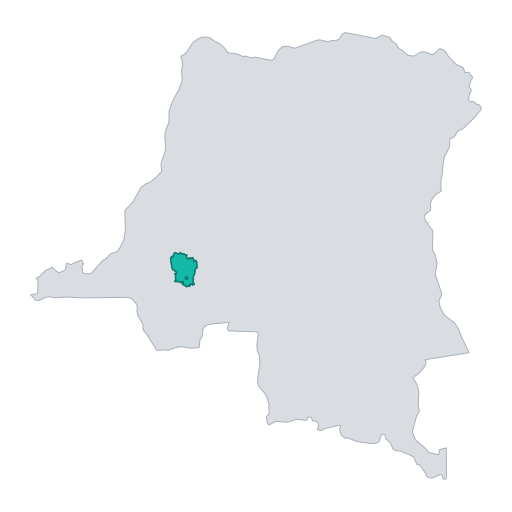 Bulungu, Bandundu, Democratic Republic of the Congo shown in context
{"feature_id": "63176286B11990771214401", "entity_name": "Bulungu", "entity_type": "district", "adm_level": 2, "iso_a3": "COD", "parent_name": "Democratic Republic of the Congo", "parent_adm1": "Bandundu", "projection": "mercator", "projection_center": [18.692, -4.697], "detail": "fine", "context": "in_parent", "style": "filled", "palette": "teal", "viewbox_px": 512, "rotation_deg": 0, "n_neighbors": 0, "source": "geoboundaries", "source_scale": "gbopen_adm2", "svg_char_len": 8414}
<svg xmlns="http://www.w3.org/2000/svg" viewBox="0 0 512 512"><path d="M468.9,352.7L425.1,359.7L426.0,362.2L425.6,364.8L424.4,366.9L420.0,372.4L413.4,377.4L413.3,378.6L416.7,384.2L418.8,391.9L418.2,405.5L419.1,409.2L419.0,412.1L416.8,415.3L412.3,431.7L415.3,439.6L424.0,447.1L429.0,452.6L437.6,454.6L439.0,454.3L439.5,449.7L446.3,447.9L446.4,477.3L445.8,479.0L444.6,479.4L442.9,478.4L442.4,475.6L440.6,474.4L432.3,478.0L430.2,477.9L427.9,477.3L426.2,475.8L425.7,473.6L419.8,465.0L416.9,464.4L413.6,456.7L400.5,451.0L395.5,450.6L392.9,448.9L390.3,442.8L385.9,438.9L384.9,434.6L384.0,434.0L381.3,434.9L379.1,441.7L376.1,443.3L370.7,443.5L357.2,441.5L347.6,438.0L345.1,438.2L341.2,435.0L339.7,429.8L340.5,425.7L339.8,425.1L325.1,428.5L321.6,430.6L318.3,430.1L317.3,429.0L318.7,426.2L318.0,423.1L316.9,421.7L312.6,420.6L311.2,417.4L308.5,416.9L307.6,417.4L307.0,419.6L305.4,420.3L296.7,419.3L287.5,422.1L275.3,421.4L269.5,424.8L268.6,424.7L267.4,423.0L266.3,417.4L266.9,415.9L268.7,414.8L269.3,412.6L268.7,406.9L269.2,405.5L268.5,402.2L266.7,396.9L264.2,392.7L258.7,386.2L257.6,383.2L258.0,376.0L259.8,364.7L259.6,356.3L257.3,350.8L256.9,344.9L258.3,334.3L256.9,331.8L229.1,330.9L228.0,330.1L227.4,328.6L228.7,322.4L211.8,323.9L206.7,325.1L203.6,327.7L202.6,330.9L202.5,335.5L199.9,339.9L199.2,347.3L194.5,348.1L189.8,348.1L180.8,346.6L172.0,348.7L167.7,350.7L165.4,349.7L157.6,350.5L156.5,349.9L147.5,335.3L143.5,330.4L142.7,328.0L143.1,325.7L142.0,322.7L137.8,315.2L137.0,311.7L137.2,306.2L136.7,304.4L132.9,299.7L130.4,298.1L127.7,297.3L82.4,297.9L67.4,297.0L56.5,297.7L50.9,297.3L49.4,296.6L44.4,297.6L41.8,299.5L37.8,300.6L35.4,300.1L30.7,294.7L37.1,293.8L37.6,293.2L38.0,280.3L36.3,278.4L39.8,276.2L45.3,270.5L50.7,268.4L51.4,267.3L52.5,267.3L54.5,269.7L59.1,272.9L64.9,270.1L65.5,269.3L66.3,263.8L67.7,263.3L70.2,264.5L71.5,264.5L74.1,262.9L81.4,260.1L83.6,263.7L81.6,266.9L82.5,269.2L82.7,272.7L83.9,273.5L89.7,273.9L91.4,273.1L102.9,260.3L105.9,258.8L110.8,253.7L117.2,251.5L120.0,247.5L123.7,240.3L125.4,230.0L124.8,212.3L125.3,209.9L133.0,201.9L141.0,187.4L146.4,183.5L150.5,182.0L156.7,176.7L161.7,171.4L161.0,164.9L162.1,159.6L164.8,152.8L165.7,145.7L164.8,138.1L165.2,131.9L168.9,122.1L169.2,110.8L172.5,101.3L179.1,89.2L182.2,80.2L181.6,71.4L182.5,64.8L182.2,61.0L180.9,57.6L181.5,55.5L184.0,54.7L187.2,51.3L192.8,42.6L198.8,38.4L203.0,37.0L207.4,37.2L210.2,37.9L214.8,41.3L220.1,44.1L224.1,47.5L228.0,52.8L237.4,54.0L241.4,55.9L243.8,56.6L244.8,56.1L246.7,56.4L251.1,57.9L254.7,57.1L272.0,60.5L274.0,58.8L278.9,49.7L282.5,46.6L288.4,46.3L293.1,48.0L295.6,48.0L316.9,40.2L319.7,39.8L327.4,41.7L332.5,40.4L334.5,40.8L338.9,39.5L342.4,34.0L345.4,32.6L376.0,38.6L380.7,35.7L383.0,35.3L389.8,37.4L391.9,40.8L395.9,43.7L398.9,48.5L403.4,51.1L405.7,53.7L408.4,55.4L414.0,56.1L421.1,51.8L426.1,52.2L431.1,54.5L432.8,54.5L436.6,51.9L438.6,49.2L440.6,48.7L443.5,49.8L446.0,52.3L448.1,56.0L455.8,64.2L463.2,67.6L465.0,72.7L467.7,72.2L469.1,72.7L471.0,75.8L472.3,76.5L472.6,77.7L470.7,80.7L469.0,86.4L471.3,89.9L469.4,95.1L468.4,100.3L470.8,101.6L473.9,101.6L476.7,104.3L479.0,104.7L481.3,107.6L480.8,110.0L473.4,118.6L462.5,129.1L458.8,130.4L456.8,132.3L455.5,135.4L452.3,138.0L449.8,139.0L449.6,146.6L445.9,154.4L444.5,156.1L442.5,168.8L442.8,171.0L440.8,181.5L441.2,191.2L435.8,194.3L432.2,199.0L430.6,202.4L430.6,210.3L424.6,215.1L424.2,216.2L425.7,221.8L427.9,222.7L427.9,224.6L432.8,230.6L432.5,249.1L432.8,250.9L435.4,255.3L437.1,263.7L435.2,274.3L441.9,293.9L438.9,301.1L440.3,307.9L444.3,315.1L453.7,322.2L456.2,325.2L458.6,329.1L460.8,335.2L468.9,352.7Z" fill="#d9dde1" stroke="#a8b0b8" stroke-width="1"/><path d="M170.4,257.6L170.5,258.1L170.7,258.4L170.9,259.0L170.7,259.8L170.8,260.1L170.7,260.3L170.8,260.7L170.9,261.1L170.8,261.4L170.9,262.0L171.0,262.3L170.9,262.5L171.0,262.7L171.1,262.8L171.2,263.4L171.3,263.9L171.4,264.1L171.4,264.4L171.6,264.7L171.5,264.9L171.6,265.2L171.8,266.4L171.9,266.6L172.0,266.9L171.9,267.2L172.0,267.4L171.9,267.7L171.9,268.1L172.2,268.3L172.3,268.8L172.5,269.4L173.0,269.9L173.3,269.9L174.3,270.0L174.5,270.2L174.5,270.4L174.6,270.9L174.7,271.0L174.9,271.1L175.1,271.1L175.3,271.2L175.4,271.3L175.5,271.4L175.5,271.6L175.8,271.9L176.0,271.9L176.1,272.0L176.3,272.0L176.4,272.3L176.3,273.0L176.2,273.6L175.5,273.7L175.1,273.7L174.9,273.8L174.7,274.0L175.0,274.3L175.3,274.5L175.5,274.7L175.5,274.9L175.6,275.4L175.7,275.5L175.8,275.6L175.8,275.8L175.7,276.2L175.5,276.7L175.5,276.8L175.5,277.0L175.5,277.3L175.5,277.5L175.6,277.8L175.5,278.1L175.5,278.3L175.6,278.5L175.7,279.0L175.7,279.3L175.9,279.6L175.9,279.9L175.8,280.0L175.7,280.1L175.6,280.3L175.3,280.4L175.2,280.7L175.0,280.9L174.8,281.1L174.7,281.3L174.8,281.4L174.9,281.5L175.0,281.5L175.9,281.6L176.2,281.5L176.6,281.4L177.0,281.4L177.2,281.5L177.3,281.5L177.4,281.8L177.5,281.8L178.5,281.6L178.8,281.6L179.3,281.7L179.4,281.8L179.6,282.0L179.9,282.3L180.0,282.4L180.4,282.3L180.7,282.2L181.0,282.1L181.6,281.9L181.8,281.8L182.0,281.7L182.4,281.6L182.8,281.6L182.8,281.8L182.9,282.0L183.0,282.0L183.1,282.4L183.0,282.5L183.0,282.4L182.9,282.4L182.8,282.6L183.0,282.8L182.9,282.9L182.8,283.1L182.6,283.1L182.4,283.3L182.5,283.3L182.4,283.6L182.7,283.6L182.5,283.8L182.4,284.0L182.6,284.1L183.0,284.2L183.1,284.4L183.2,284.8L183.4,284.8L183.7,285.0L183.9,285.2L184.0,285.2L184.4,285.1L184.5,285.1L184.8,285.2L184.9,285.4L185.0,285.8L185.3,286.0L186.2,286.6L186.3,286.3L186.3,286.2L186.5,286.1L186.8,286.2L187.1,286.3L187.7,286.4L187.8,286.5L188.5,286.3L188.8,286.3L189.0,286.3L189.3,286.3L189.6,286.1L189.8,286.1L190.0,285.7L189.9,285.7L189.7,285.4L189.7,285.2L189.6,284.8L189.5,284.6L189.8,284.4L190.1,284.3L190.2,284.2L190.4,284.3L190.6,284.4L191.1,284.4L191.6,284.3L191.8,284.1L192.0,284.1L192.2,284.3L192.3,284.5L192.5,285.0L192.8,285.1L192.9,284.8L192.8,284.6L192.9,284.4L193.6,284.3L194.1,284.4L194.2,283.9L194.1,283.4L193.9,283.3L193.8,283.2L193.7,283.1L193.5,282.8L193.2,282.8L193.1,282.7L193.2,282.3L193.2,281.9L193.1,281.0L193.1,280.8L193.1,280.4L193.3,279.9L193.4,279.6L193.5,279.1L192.9,278.5L192.8,278.2L193.0,277.7L193.0,277.3L193.2,276.9L193.4,276.5L193.5,276.1L193.6,275.9L193.7,275.7L193.9,275.4L193.9,275.2L194.2,274.8L194.8,273.3L194.9,272.7L195.0,272.1L195.0,271.5L195.1,271.3L195.1,271.0L195.1,270.5L195.1,270.3L195.1,269.9L195.2,269.7L195.3,269.5L195.7,268.8L196.0,268.5L196.2,268.4L196.3,268.2L196.4,267.9L196.7,267.6L196.8,267.5L197.0,267.5L196.9,267.3L197.0,267.2L196.8,267.1L196.9,266.9L197.0,266.8L197.0,266.6L197.0,266.4L196.9,266.2L196.9,265.8L197.0,265.6L197.0,265.4L197.0,265.2L196.9,265.0L196.9,264.9L197.0,264.6L196.9,264.5L196.7,264.3L196.6,264.1L196.7,263.9L196.7,263.7L196.8,263.4L196.8,262.7L196.7,262.6L196.8,262.5L196.7,262.4L196.8,262.2L196.7,262.1L196.6,261.8L196.5,261.7L196.4,261.5L196.2,261.0L196.1,260.9L196.0,260.6L195.9,260.5L195.7,260.5L195.3,260.7L194.4,261.4L194.2,261.5L193.8,261.7L193.7,261.7L193.8,261.4L193.9,261.1L194.0,260.9L194.1,260.7L193.9,259.6L193.5,259.4L193.3,258.9L193.2,258.6L193.0,258.3L192.9,257.9L192.8,257.6L192.7,257.6L191.6,258.4L191.1,257.9L190.9,257.8L190.7,257.8L190.6,258.1L190.5,258.6L190.3,258.7L190.1,258.6L189.6,258.6L189.4,258.4L189.4,258.2L189.0,258.3L188.7,258.2L188.4,258.1L188.2,258.4L188.0,258.9L187.8,259.2L187.7,259.2L187.4,258.8L187.2,258.4L187.1,258.2L186.8,258.0L186.6,257.8L186.5,257.6L186.4,257.4L186.4,257.1L186.4,256.8L186.6,256.3L186.9,255.8L186.9,255.5L186.8,255.1L186.7,254.9L185.7,254.9L185.4,254.9L185.1,254.9L184.9,254.8L184.8,254.6L184.7,254.5L184.6,254.4L184.2,254.0L183.8,253.7L183.7,253.6L183.4,253.6L183.0,254.1L182.9,254.2L182.5,254.2L182.2,254.0L181.7,253.8L181.1,253.3L180.7,252.9L180.5,252.5L180.4,252.5L180.2,253.5L179.9,253.6L179.3,253.5L179.1,253.5L178.8,253.9L178.7,254.0L178.3,254.0L178.1,254.0L177.9,253.9L177.4,253.6L177.1,253.5L176.3,253.1L175.8,252.9L175.4,252.7L175.2,252.7L174.7,252.7L174.4,252.8L174.3,253.1L174.1,253.6L174.1,253.9L174.0,254.3L173.9,254.4L173.7,254.5L173.5,254.9L173.4,255.2L173.4,255.3L173.1,255.6L173.0,256.4L173.0,257.0L172.9,257.1L172.0,256.6L171.8,256.6L171.7,256.6L171.2,257.1L171.0,257.6L171.0,257.8L170.9,257.8L170.6,257.8L170.4,257.7L170.4,257.6ZM186.0,279.1L185.7,278.8L185.6,278.5L185.6,278.3L185.4,278.0L185.3,277.4L185.7,277.2L186.2,277.1L186.7,276.9L186.9,277.2L187.0,277.2L187.1,277.4L187.3,277.5L187.4,277.8L187.5,277.9L187.7,278.1L187.9,278.2L187.6,278.6L187.0,279.0L186.4,279.3L186.0,279.1Z" fill="#14b8a6" stroke="#0f766e" stroke-width="1.5"/></svg>